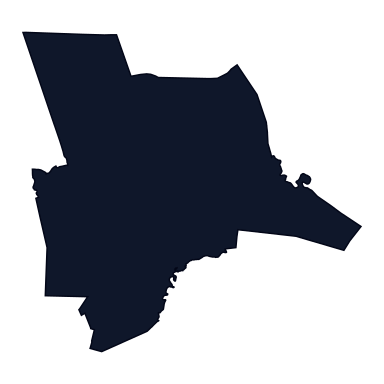 the district of Ommen, Overijssel, Netherlands
{"feature_id": "6326949B52754123611932", "entity_name": "Ommen", "entity_type": "district", "adm_level": 2, "iso_a3": "NLD", "parent_name": "Netherlands", "parent_adm1": "Overijssel", "projection": "albers", "projection_center": [6.449, 52.51], "detail": "fine", "context": "isolated", "style": "filled", "palette": "ink", "viewbox_px": 384, "rotation_deg": 0, "n_neighbors": 0, "source": "geoboundaries", "source_scale": "gbopen_adm2", "svg_char_len": 5800}
<svg xmlns="http://www.w3.org/2000/svg" viewBox="0 0 384 384"><path d="M90.1,348.4L101.7,351.6L147.2,331.2L149.2,329.3L150.9,327.6L151.7,327.0L153.4,325.2L153.8,324.8L157.1,321.6L158.5,320.9L158.7,320.7L158.4,320.4L157.9,320.0L157.6,319.4L157.6,319.2L158.8,317.4L159.0,316.8L159.0,316.2L158.7,314.8L158.7,314.5L158.4,313.3L158.4,312.8L158.5,312.7L159.8,312.8L160.0,312.7L161.0,311.5L161.2,311.1L163.1,309.6L163.4,309.1L164.0,305.2L164.0,304.8L164.1,304.3L164.5,302.8L164.8,302.0L165.6,300.5L165.7,300.1L165.5,299.8L165.3,299.7L163.9,299.8L163.0,299.5L162.7,299.3L162.6,299.0L162.5,298.7L162.5,298.4L163.1,297.0L163.4,296.4L164.0,295.8L164.8,295.3L167.0,295.1L167.6,294.7L167.7,294.0L166.5,293.3L166.0,292.8L165.9,292.4L165.9,291.5L166.1,291.0L166.2,290.3L166.4,289.5L167.1,288.0L167.5,287.6L168.1,287.1L168.7,286.7L169.3,286.5L169.9,286.5L170.2,286.8L170.4,286.9L171.4,286.9L173.0,287.6L173.6,287.6L173.8,287.4L174.0,287.2L173.8,286.8L173.0,286.6L172.6,286.4L172.4,286.2L172.2,285.8L172.1,284.9L171.9,284.3L171.0,283.3L170.5,282.5L170.5,282.2L170.2,282.0L170.0,281.8L169.6,281.1L169.4,280.6L169.3,279.1L169.4,278.8L169.8,278.2L170.2,277.4L170.4,277.3L171.0,277.0L171.5,276.9L172.8,276.5L173.1,276.5L173.5,276.9L173.6,277.3L173.8,278.6L173.7,278.9L173.6,279.3L173.7,279.8L173.9,280.3L174.3,280.7L174.7,281.0L175.1,281.1L175.3,280.9L175.5,280.7L175.6,279.8L176.1,277.5L176.2,277.2L176.0,276.4L175.7,276.0L174.6,275.5L174.0,275.1L173.2,274.5L173.1,274.2L173.2,273.5L173.3,273.1L173.6,272.7L174.9,272.0L175.2,271.8L175.5,271.3L175.5,271.1L175.4,270.9L174.7,269.8L174.9,269.4L174.9,269.0L175.3,268.4L176.0,268.0L177.1,267.7L177.2,267.8L177.1,268.0L176.2,268.7L175.9,269.3L175.8,269.8L175.7,270.0L175.7,270.3L176.0,270.5L176.2,271.1L176.2,271.5L176.5,271.4L177.2,271.4L177.2,271.6L177.3,271.7L177.8,271.8L178.0,271.6L178.0,271.4L178.3,271.7L178.7,271.3L179.6,271.1L179.8,271.0L180.5,271.0L180.7,270.7L182.2,270.5L182.5,270.6L182.5,270.3L183.0,270.3L183.2,270.0L183.9,269.6L184.7,268.7L185.5,268.1L185.8,267.8L185.9,267.5L185.9,267.3L185.0,266.6L184.9,266.5L185.0,266.1L185.9,266.1L186.1,265.9L186.0,264.1L185.9,263.9L187.8,262.8L188.1,262.5L188.2,262.2L189.2,261.4L190.6,260.5L191.5,260.4L192.4,259.7L192.8,259.7L193.8,259.9L195.3,259.5L196.5,259.5L198.0,259.3L198.5,259.4L198.8,259.4L202.1,257.4L203.0,256.6L204.9,255.9L205.9,255.7L207.4,255.6L208.8,256.1L209.2,256.3L212.7,257.0L214.5,256.9L215.4,257.3L215.9,257.3L216.8,257.1L217.9,257.1L218.7,256.6L219.1,255.9L219.6,255.5L220.1,254.9L220.7,253.8L222.5,252.4L223.4,252.1L224.4,252.4L225.5,252.6L226.4,252.4L226.5,252.2L226.2,251.0L225.4,250.6L225.1,250.1L225.2,249.7L225.5,249.4L225.3,249.0L226.7,248.7L235.9,247.6L236.9,236.6L237.9,229.7L295.8,236.2L343.9,250.3L349.8,240.8L361.0,226.5L340.5,212.9L331.4,206.1L317.7,196.6L317.0,196.0L312.7,191.4L311.7,190.4L311.0,190.0L310.1,189.6L309.2,189.4L309.1,189.0L308.9,188.7L308.4,188.5L307.5,187.9L306.4,187.9L306.0,187.7L305.0,187.6L303.7,187.0L303.2,186.2L302.6,185.1L302.2,183.7L302.3,183.0L302.4,182.6L302.5,182.5L303.1,182.1L303.9,182.2L306.7,183.9L307.1,184.0L307.9,184.0L308.8,183.5L309.4,182.9L309.9,181.9L310.3,180.9L310.6,179.5L310.6,179.1L309.9,177.5L309.7,177.3L309.3,176.7L308.7,176.5L308.4,176.1L307.9,175.9L307.4,175.5L305.9,175.0L304.1,173.9L303.4,173.7L303.1,173.7L302.6,173.8L301.7,174.4L301.1,174.9L300.9,175.1L300.6,176.3L300.1,177.3L299.3,179.1L299.0,179.5L298.4,180.2L297.8,180.7L296.5,181.3L296.2,181.8L296.1,182.2L296.2,182.4L297.5,183.8L298.0,184.4L298.2,184.8L298.4,185.7L298.4,185.9L298.3,186.4L297.7,187.2L297.3,187.4L295.8,187.9L295.2,187.9L294.6,187.8L293.2,186.4L291.4,183.9L290.5,183.0L289.8,182.7L288.7,182.5L287.6,181.9L286.1,181.6L285.7,181.3L285.3,181.0L285.1,180.6L285.1,180.1L285.3,179.7L285.6,179.3L285.7,178.2L286.5,176.3L286.5,176.2L286.4,176.1L285.0,175.3L284.2,175.1L282.7,175.2L281.0,175.6L280.5,175.5L280.2,175.3L280.1,175.2L280.0,174.9L280.2,174.3L280.3,174.0L280.9,173.4L281.2,172.9L281.8,171.6L281.9,171.2L281.9,170.8L281.6,170.3L281.4,169.5L280.5,166.7L279.9,165.7L279.7,164.7L279.7,164.3L279.8,163.8L280.0,163.4L280.4,163.1L280.6,162.6L280.7,162.2L280.8,161.6L280.7,161.0L280.4,160.6L280.0,160.3L278.8,160.3L278.3,160.1L276.1,158.9L275.3,158.2L275.0,157.9L274.5,156.7L274.2,156.2L273.9,156.0L273.3,155.8L272.4,156.1L272.2,156.3L271.6,157.1L270.6,152.8L269.8,150.2L269.4,148.6L268.0,143.9L267.9,143.3L267.4,133.6L267.4,132.6L266.8,127.1L266.7,125.5L266.6,125.4L266.3,122.3L257.0,94.6L237.1,64.9L231.1,69.2L229.8,70.9L227.5,73.2L224.1,75.0L217.5,78.3L211.1,78.6L206.8,78.6L158.2,77.5L155.7,76.1L150.7,74.3L146.7,73.9L140.5,74.5L131.0,76.3L116.5,34.8L111.6,34.8L104.5,35.0L82.4,34.4L25.7,32.4L23.0,32.5L38.1,77.0L41.0,85.5L45.5,98.8L48.5,107.7L54.4,125.0L54.6,125.5L59.7,140.4L61.3,145.4L63.1,151.4L64.1,155.6L64.4,156.2L64.8,156.8L66.2,158.0L66.9,160.0L67.1,162.4L67.8,164.0L67.7,165.5L67.2,165.3L66.7,165.2L62.0,166.3L60.2,166.6L59.7,166.7L59.0,167.0L58.6,167.5L58.1,167.7L56.5,167.5L56.2,167.0L56.1,166.2L55.8,166.1L53.5,167.5L52.2,168.7L51.7,169.4L50.7,171.1L49.2,172.8L48.3,173.3L46.7,173.4L46.2,173.8L46.1,173.2L45.8,172.8L45.4,172.4L40.9,170.0L38.6,169.5L36.2,169.5L35.2,169.3L33.6,169.2L32.4,169.2L32.5,171.3L32.5,173.3L32.6,175.3L32.9,176.7L32.8,177.3L33.1,177.9L33.8,178.7L34.2,179.0L34.5,179.7L34.5,180.0L34.8,180.8L34.8,181.5L34.9,181.8L33.6,185.9L33.1,187.0L33.2,187.4L33.1,187.8L33.3,188.2L34.2,189.1L34.3,189.7L35.2,190.1L35.7,190.1L36.1,189.9L36.3,189.9L36.4,190.1L37.0,191.0L37.1,191.4L37.2,191.8L37.0,192.2L36.5,192.6L36.5,192.9L36.3,193.1L36.3,193.3L36.8,194.6L37.2,194.5L38.6,197.3L35.9,198.3L40.0,216.8L47.1,247.6L45.3,295.7L87.7,296.7L79.7,308.8L78.9,309.7L81.4,315.3L84.9,313.2L90.8,328.1L90.9,328.3L90.8,328.6L94.4,329.7L91.7,340.9L91.7,341.2L91.9,341.8L91.9,342.1L90.1,348.4Z" fill="#0f172a" stroke="#020617" stroke-width="1.5"/></svg>